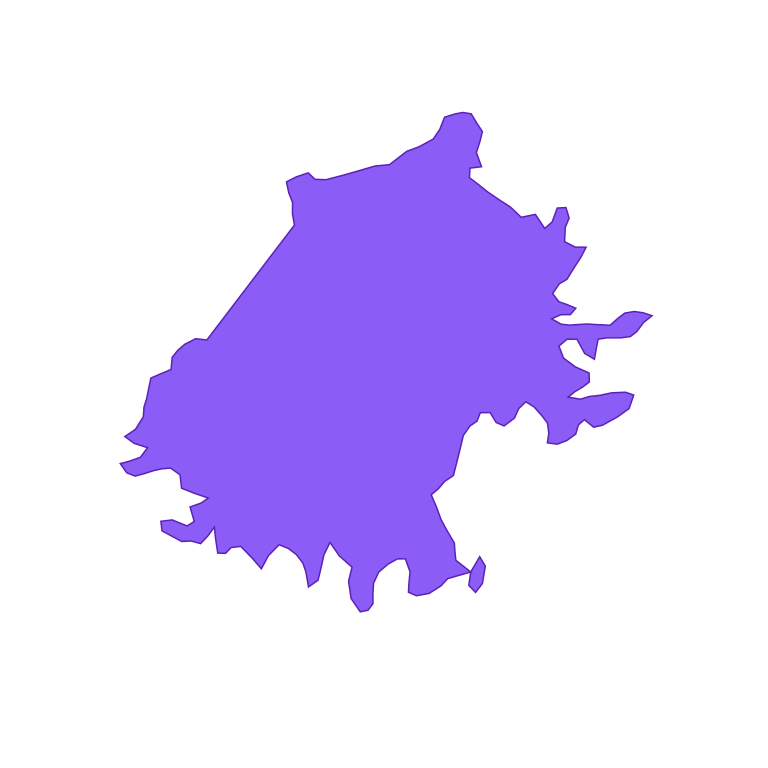 Alegria, Rio Grande do Sul, Brazil (Mercator projection), rotated 159°
{"feature_id": "56859067B68819599415533", "entity_name": "Alegria", "entity_type": "district", "adm_level": 2, "iso_a3": "BRA", "parent_name": "Brazil", "parent_adm1": "Rio Grande do Sul", "projection": "mercator", "projection_center": [-54.067, -27.808], "detail": "fine", "context": "isolated", "style": "filled", "palette": "violet", "viewbox_px": 768, "rotation_deg": 159, "n_neighbors": 0, "source": "geoboundaries", "source_scale": "gbopen_adm2", "svg_char_len": 2764}
<svg xmlns="http://www.w3.org/2000/svg" viewBox="0 0 768 768"><g transform="rotate(159 384 384)"><path d="M370.4,177.4L380.1,193.7L377.8,202.2L375.3,210.3L377.8,225.3L379.3,236.7L379.1,250.6L379.6,263.7L370.8,266.7L362.4,271.3L352.0,273.7L343.9,285.1L335.6,297.0L328.4,307.5L318.8,314.0L310.4,316.0L304.4,322.7L295.2,319.3L293.1,307.9L286.9,301.8L274.3,305.5L267.1,312.7L258.0,316.6L252.1,308.8L248.1,298.1L245.4,289.0L247.8,278.9L252.6,270.5L243.7,265.7L233.6,265.7L223.0,268.5L217.2,276.1L209.7,278.9L203.7,268.5L195.0,267.2L185.7,268.5L177.7,269.6L163.9,273.3L154.8,284.2L161.5,289.8L174.7,294.2L186.2,296.0L197.0,298.8L206.0,299.4L216.8,305.7L208.7,308.4L199.9,309.9L191.6,312.3L188.6,320.8L199.3,331.5L207.1,343.9L207.1,356.7L197.1,360.2L187.8,356.7L185.7,340.6L178.7,331.7L172.8,341.5L168.0,349.1L159.4,347.2L146.0,342.1L137.0,340.0L129.1,342.4L119.8,348.3L109.3,351.7L116.5,357.6L124.4,362.0L133.7,363.9L142.2,361.5L151.8,357.8L164.3,363.3L172.8,367.2L180.3,369.6L189.5,372.4L197.1,376.3L204.2,384.8L194.0,385.3L185.2,382.0L177.8,386.0L184.4,392.3L191.2,398.1L194.2,408.0L184.4,414.7L175.7,416.2L165.3,424.1L154.8,431.7L146.3,439.3L156.4,443.2L164.4,452.2L158.6,465.3L151.7,472.6L150.9,483.5L159.2,486.2L169.0,475.0L178.2,471.6L181.9,488.1L196.2,490.5L202.5,503.8L210.1,514.2L218.4,526.2L224.4,536.5L230.3,546.0L226.4,554.7L215.1,551.9L214.8,567.0L207.6,575.9L201.7,584.4L203.8,594.0L205.8,605.0L213.0,609.2L221.0,610.7L231.8,611.4L240.8,601.6L250.4,595.0L266.6,592.9L279.2,593.1L289.0,590.2L300.3,586.8L314.2,590.7L346.9,593.5L364.9,595.5L375.0,599.8L379.1,608.3L391.4,608.8L402.6,607.7L404.4,596.8L404.3,586.3L408.5,575.6L410.6,564.5L533.6,488.6L543.6,493.8L555.8,492.5L564.7,489.2L572.2,484.8L577.6,473.9L589.8,473.5L599.5,473.1L605.7,463.5L610.8,455.4L616.2,448.7L620.4,439.7L632.2,430.8L644.8,427.8L638.4,418.0L627.6,409.3L637.6,402.9L649.8,403.2L658.7,404.2L656.0,393.3L649.3,387.2L639.7,386.2L630.4,385.7L621.7,384.4L613.4,382.0L607.0,372.4L610.3,359.2L599.8,349.6L589.0,340.6L597.3,338.4L609.1,338.7L610.4,323.6L618.8,322.1L630.4,333.0L641.5,335.8L643.9,326.4L629.2,309.4L620.4,306.6L612.4,300.7L603.2,305.1L593.6,311.2L596.5,300.7L599.8,285.7L592.6,282.7L585.3,286.1L575.9,283.7L569.2,268.0L564.7,255.4L553.4,265.2L539.5,271.5L532.3,264.8L526.9,256.1L523.9,245.8L524.3,236.4L527.2,221.6L515.9,224.4L508.4,235.3L501.2,246.2L491.2,255.4L487.3,239.5L479.5,224.5L487.8,212.5L491.6,195.5L487.8,179.8L480.0,178.5L473.1,182.8L469.3,192.6L465.1,201.8L456.3,210.3L444.7,214.4L434.2,215.9L426.7,213.1L427.0,199.4L432.4,188.5L435.8,180.8L429.6,174.7L416.9,172.3L403.0,175.2L394.3,179.5L383.0,178.5L370.4,177.4ZM370.4,177.4L377.0,165.6L373.2,156.6L363.6,162.5L354.7,177.6L356.5,188.5L370.4,177.4Z" fill="#8b5cf6" stroke="#5b21b6" stroke-width="1.5"/></g></svg>